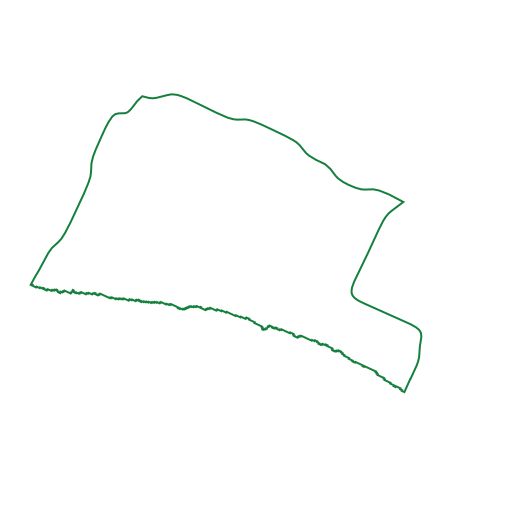 the district of Guayacanes, San Pedro de Macorís, Dominican Republic, rotated 25°
{"feature_id": "3306468B17793693444976", "entity_name": "Guayacanes", "entity_type": "district", "adm_level": 2, "iso_a3": "DOM", "parent_name": "Dominican Republic", "parent_adm1": "San Pedro de Macorís", "projection": "robinson", "projection_center": [-69.45, 18.445], "detail": "fine", "context": "isolated", "style": "outline", "palette": "green", "viewbox_px": 512, "rotation_deg": 25, "n_neighbors": 0, "source": "geoboundaries", "source_scale": "gbopen_adm2", "svg_char_len": 4857}
<svg xmlns="http://www.w3.org/2000/svg" viewBox="0 0 512 512"><g transform="rotate(25 256 256)"><path d="M85.4,159.3L82.9,165.8L80.6,175.9L79.2,179.4L78.2,180.8L77.0,181.9L71.4,184.7L68.7,186.7L66.9,190.1L65.8,196.3L65.4,203.3L65.5,215.4L65.8,227.5L66.3,234.7L67.7,241.5L70.9,249.4L72.3,253.6L73.2,260.5L73.7,272.4L73.7,303.9L73.2,315.8L72.3,322.7L71.0,326.9L67.7,334.8L66.5,341.0L65.3,361.0L64.5,368.7L64.0,377.4L65.0,377.4L65.0,376.5L65.7,376.5L65.7,377.4L66.8,377.4L70.0,377.4L70.0,376.9L70.0,376.5L73.0,376.5L73.6,376.5L73.6,375.7L76.4,375.7L76.4,374.9L77.9,374.9L77.9,375.7L79.4,375.7L80.7,375.7L80.7,374.9L81.4,374.9L81.4,374.1L85.0,374.1L85.0,373.3L86.4,373.3L86.4,372.4L87.9,372.4L87.9,371.6L89.3,371.6L89.3,370.8L90.0,370.8L90.0,371.6L92.1,371.6L92.1,372.4L94.3,372.4L94.3,370.8L95.7,370.8L95.7,370.0L96.4,370.0L96.4,369.1L97.1,369.1L97.1,368.3L103.6,368.3L103.6,367.5L104.3,367.5L104.3,364.2L105.0,364.2L105.0,365.0L106.4,365.0L106.4,365.8L108.6,365.8L108.6,365.0L111.4,365.0L111.4,364.2L112.2,364.2L112.2,363.4L112.9,363.4L112.9,362.6L117.9,362.6L117.9,361.7L118.6,361.7L118.6,360.9L120.0,360.9L120.0,360.1L123.6,360.1L123.6,359.3L124.3,359.1L124.3,358.5L125.7,358.5L125.7,357.6L126.4,357.6L126.4,358.5L129.3,358.5L129.3,357.6L130.0,357.6L130.0,356.8L130.7,356.8L130.7,356.0L137.0,356.0L141.4,356.0L141.4,355.2L142.9,355.2L142.9,354.4L147.2,354.4L147.2,353.5L149.3,353.5L149.3,352.7L150.7,352.7L150.7,351.9L152.9,351.9L152.9,351.5L152.9,351.1L154.3,351.1L154.3,350.3L159.3,350.3L159.3,349.4L160.0,349.4L160.0,348.6L162.1,348.6L162.1,347.8L165.7,347.8L165.7,347.0L166.4,347.0L166.4,346.2L167.9,346.2L167.9,345.3L169.3,345.3L169.3,346.2L171.4,346.2L171.4,345.3L173.6,345.3L173.6,344.5L175.7,344.5L175.7,343.7L177.9,343.7L177.9,342.9L180.7,342.9L180.7,342.0L182.2,342.0L182.2,341.2L183.6,341.2L183.6,340.4L185.7,340.4L185.7,339.6L188.6,339.6L188.6,338.7L189.3,338.7L189.3,337.9L195.0,337.9L195.0,337.1L197.9,337.1L197.9,336.3L199.3,336.3L199.3,335.5L207.2,335.5L207.2,336.3L209.3,336.3L209.3,335.5L212.2,335.5L212.2,334.6L213.6,334.6L213.6,333.8L214.3,333.8L214.3,333.0L215.0,333.0L215.0,332.2L215.7,332.2L215.7,331.4L216.4,331.4L216.4,330.5L217.2,330.5L217.2,329.7L218.6,329.7L218.6,328.9L220.7,328.9L220.7,328.1L222.1,328.1L222.1,327.3L223.6,327.3L223.6,326.4L227.2,326.4L227.2,325.6L227.9,325.6L227.9,326.4L232.9,326.4L232.9,325.6L233.6,325.6L233.6,324.8L234.3,324.8L234.3,324.0L235.7,324.0L235.7,323.1L236.5,323.1L236.5,322.3L242.9,322.3L242.9,321.5L243.6,321.5L243.6,320.7L247.9,320.7L247.9,319.9L252.9,319.9L252.9,319.0L262.9,319.0L262.9,318.2L267.9,318.2L267.9,317.4L272.9,317.4L272.9,316.6L273.6,316.6L273.6,315.8L276.5,315.8L276.5,316.6L282.9,316.6L282.9,317.4L291.4,317.4L291.4,318.2L292.2,318.2L292.2,319.0L292.9,319.0L292.9,319.9L293.6,319.9L293.6,319.0L295.0,319.0L295.0,318.2L295.7,318.2L295.7,317.4L296.5,317.4L296.5,314.9L297.2,314.9L297.2,314.1L297.9,314.1L297.9,313.3L300.7,313.3L300.7,314.1L302.9,314.1L302.9,313.3L304.3,313.3L304.3,312.5L305.7,312.5L305.7,313.3L308.6,313.3L308.6,312.5L310.0,312.5L310.0,311.7L319.3,311.7L319.3,310.8L322.9,310.8L322.9,311.7L324.3,311.7L324.3,312.5L327.9,312.5L327.9,311.7L328.6,311.7L328.6,310.8L329.3,310.8L329.3,310.0L330.7,310.0L330.7,309.2L342.2,309.2L342.2,308.4L345.0,308.4L345.0,307.5L347.9,307.5L347.9,308.4L350.0,308.4L350.0,309.2L352.2,309.2L352.2,308.4L353.6,308.4L353.6,307.5L356.5,307.5L356.5,306.7L358.6,306.7L358.6,307.5L364.3,307.5L364.3,308.4L365.0,308.4L365.0,309.2L367.9,309.2L367.9,308.4L369.3,308.4L369.3,307.5L370.8,307.5L370.8,306.7L373.6,306.7L373.6,307.5L375.7,307.5L375.7,308.4L377.9,308.4L377.9,309.2L383.6,309.2L383.6,310.0L387.9,310.0L387.9,310.8L390.7,310.8L390.7,310.0L399.3,310.0L399.3,310.5L399.3,310.8L400.8,310.8L400.8,310.4L400.8,310.0L404.7,310.0L413.6,310.0L413.6,310.3L413.6,310.8L415.0,310.8L415.0,311.7L416.5,311.7L416.5,312.5L423.6,312.5L423.6,313.3L425.0,313.3L425.0,314.1L431.5,314.1L431.5,314.9L435.8,314.9L435.8,315.8L437.9,315.8L437.9,314.9L442.9,314.9L442.9,315.8L445.0,315.8L445.0,316.6L448.0,316.6L447.8,301.9L448.0,301.9L447.9,287.7L447.5,283.2L446.6,278.8L442.8,268.9L440.0,259.3L438.0,256.0L436.4,254.8L434.7,253.9L431.0,253.0L424.9,252.5L374.1,253.3L367.9,253.2L364.0,252.6L362.2,252.0L360.4,251.1L358.9,249.8L357.7,248.1L356.4,244.3L355.8,237.8L356.2,206.8L356.1,180.2L356.4,170.7L357.0,166.0L358.1,161.6L359.9,157.6L366.7,144.8L350.5,144.0L340.0,144.6L334.1,146.0L326.6,149.8L323.2,151.1L317.5,152.1L309.5,152.4L303.5,152.1L297.7,151.0L294.3,149.7L286.8,145.7L279.9,143.6L269.6,143.5L261.5,142.6L257.7,141.5L248.6,137.1L244.8,135.9L240.7,135.3L232.5,134.8L217.7,134.6L205.0,134.6L196.8,135.0L192.7,135.6L188.9,136.6L181.7,140.2L177.9,141.6L171.8,142.6L159.1,142.9L126.8,142.3L120.5,142.7L116.4,143.3L112.5,144.6L110.6,145.5L107.2,148.0L99.1,154.6L95.6,156.8L92.2,158.0L85.4,159.3Z" fill="none" stroke="#15803d" stroke-width="2"/></g></svg>